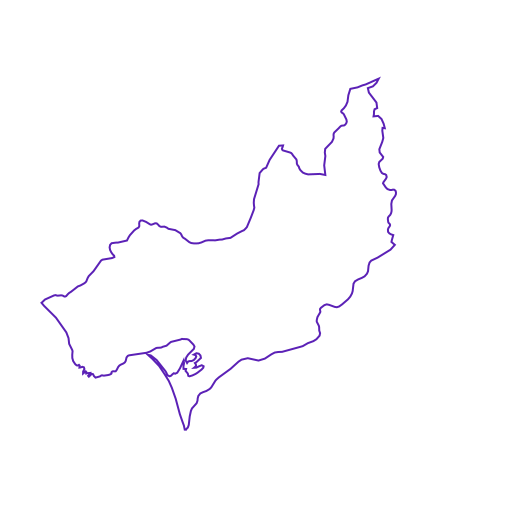 outline of Magdalena, rotated 230°
{"feature_id": "COL-1416", "entity_name": "Magdalena", "entity_type": "Department", "adm_level": 1, "iso_a3": "COL", "parent_name": "Colombia", "parent_adm1": "", "projection": "robinson", "projection_center": [-74.235, 10.123], "detail": "fine", "context": "isolated", "style": "outline", "palette": "violet", "viewbox_px": 512, "rotation_deg": 230, "n_neighbors": 0, "source": "natural_earth", "source_scale": "10m", "svg_char_len": 5406}
<svg xmlns="http://www.w3.org/2000/svg" viewBox="0 0 512 512"><g transform="rotate(230 256 256)"><path d="M168.4,93.5L168.3,91.8L167.9,90.8L168.8,89.8L172.5,91.8L175.9,93.0L183.8,96.0L198.2,102.7L209.1,106.8L216.4,108.9L224.0,110.0L234.0,111.1L243.8,110.5L249.7,109.7L247.5,111.5L240.2,113.0L225.9,112.6L224.2,112.3L222.6,111.8L221.0,111.7L219.3,112.6L218.9,114.0L219.1,116.0L219.0,117.7L217.8,118.4L217.2,120.6L218.8,125.5L222.5,133.4L220.2,132.0L218.0,129.4L216.1,127.9L214.4,129.8L213.3,128.2L209.8,128.2L207.7,127.1L206.6,127.7L205.4,130.5L204.5,133.9L204.2,136.2L204.0,141.3L204.3,143.8L205.2,145.0L207.2,144.2L208.1,141.5L208.8,138.6L210.2,136.7L210.2,138.5L210.7,139.7L211.8,140.3L213.3,140.4L213.0,142.0L213.3,148.3L215.5,149.5L217.9,149.4L219.8,147.9L220.4,145.0L218.8,146.0L217.4,145.6L216.6,144.0L216.3,141.4L216.9,139.2L218.1,137.7L218.8,136.3L218.3,134.4L221.3,135.0L223.1,137.3L224.1,140.6L224.8,148.7L226.2,150.7L228.4,151.1L234.2,150.7L235.3,150.5L236.7,149.6L239.5,146.5L240.1,146.0L240.5,144.5L244.8,135.7L244.9,134.5L244.8,129.8L246.4,126.2L246.7,124.8L247.2,123.9L249.3,121.1L249.7,120.2L250.8,113.7L252.2,110.0L261.5,94.9L261.9,93.6L261.5,91.6L259.4,88.8L258.8,87.2L258.9,85.4L259.7,82.5L259.9,80.9L259.6,79.2L258.3,76.1L257.9,74.5L258.2,73.9L259.6,72.4L259.9,71.6L259.8,70.6L259.4,70.1L259.0,69.9L258.8,69.4L259.2,67.6L260.0,66.0L261.9,62.9L262.7,62.0L263.4,61.5L263.9,60.8L264.1,59.0L266.0,54.9L268.3,54.7L270.2,55.2L271.3,54.4L271.0,50.4L272.1,50.4L272.2,51.5L272.5,52.2L273.1,53.7L274.7,51.4L275.1,50.4L275.6,50.7L275.9,50.8L276.2,51.4L277.1,51.4L277.1,48.0L278.6,49.3L279.7,51.9L281.3,52.6L282.7,51.8L283.4,50.0L284.0,49.0L285.3,50.4L286.4,50.4L286.6,49.2L287.2,48.5L288.1,48.2L289.3,48.0L293.0,48.4L295.9,49.7L298.4,51.7L301.0,54.3L302.1,54.8L308.8,56.4L313.6,59.6L319.4,61.6L337.3,63.1L354.0,61.6L358.0,61.6L358.0,62.1L358.3,66.4L355.6,76.0L354.8,77.4L353.6,78.1L353.0,78.7L351.1,81.5L350.3,82.2L349.4,82.7L348.2,83.1L347.6,83.8L347.3,84.8L347.7,87.3L347.8,89.1L347.5,91.2L347.2,100.0L346.3,102.5L345.5,106.6L345.4,108.3L345.6,109.6L347.3,112.8L348.1,114.9L348.8,121.8L352.1,134.3L351.9,136.0L347.0,144.3L346.2,146.8L347.4,147.5L349.5,147.3L351.9,147.5L354.4,148.1L356.7,149.4L358.3,151.4L358.6,153.6L356.5,157.0L355.0,158.9L350.8,167.1L352.2,170.3L353.0,172.8L353.9,179.1L353.8,181.6L353.3,184.2L353.7,185.5L354.6,186.4L355.9,187.3L357.1,188.7L357.3,190.4L356.2,191.9L352.8,193.7L348.5,195.1L347.4,195.7L346.8,197.0L345.9,199.8L344.8,200.9L342.7,201.2L341.0,201.2L339.4,202.0L337.4,204.7L335.1,205.9L333.1,206.4L327.7,210.8L322.1,212.7L320.5,212.6L319.3,212.2L318.2,212.0L316.8,212.0L314.8,212.7L309.5,213.8L307.6,214.7L305.6,216.5L302.8,219.9L301.5,222.8L300.2,227.2L298.7,229.6L294.1,235.0L291.9,238.7L290.4,240.6L288.8,244.2L286.3,248.1L285.3,256.1L284.1,261.4L283.5,263.3L283.7,265.7L284.0,267.6L288.7,276.7L292.6,283.7L294.1,285.8L296.1,287.0L298.2,288.5L300.8,291.0L309.3,304.1L310.9,305.3L317.2,312.1L317.9,316.5L318.0,317.7L317.1,320.5L320.9,328.3L325.7,344.5L323.3,347.8L322.4,346.5L322.1,345.8L321.5,344.8L320.6,344.4L319.6,344.5L313.4,348.6L312.1,349.2L310.4,349.2L309.4,349.0L304.0,349.0L302.6,348.3L300.5,346.7L299.4,346.3L296.9,346.2L295.5,345.6L294.2,345.3L293.1,345.2L289.8,345.5L287.5,346.6L285.0,348.4L277.8,357.7L273.5,361.2L281.6,366.5L288.0,373.4L291.0,375.2L293.6,377.9L294.6,387.5L296.2,390.9L297.5,392.2L298.9,393.2L299.8,394.2L300.3,395.4L300.7,401.4L300.9,402.9L301.0,404.2L300.9,405.0L300.6,405.7L300.0,406.5L299.4,407.4L299.3,408.1L299.3,408.9L299.5,409.8L299.9,410.9L300.7,412.0L302.5,413.0L308.2,414.4L309.5,414.3L310.7,413.9L311.8,414.0L312.5,415.1L312.7,418.3L313.5,421.6L315.3,425.2L319.8,430.1L323.4,435.7L319.9,442.2L318.3,447.2L316.9,450.3L313.0,464.0L311.2,459.6L310.8,454.6L312.7,449.6L308.6,447.5L296.1,446.9L291.4,443.9L292.2,441.2L290.9,439.3L288.9,437.6L287.4,435.8L284.8,439.6L280.3,440.2L275.3,438.8L271.1,436.8L272.8,435.3L270.8,433.3L264.6,429.4L262.3,426.1L258.5,419.1L255.8,417.3L250.1,417.1L249.1,415.6L248.8,410.9L247.6,409.1L244.7,407.4L241.4,406.2L238.7,405.8L237.0,406.4L235.8,407.4L234.4,407.8L232.5,406.9L231.7,405.4L230.6,401.0L230.0,400.0L225.2,399.5L222.8,399.7L220.4,401.1L219.4,402.3L218.8,403.6L217.9,404.5L216.3,404.8L214.9,404.2L213.5,403.0L212.6,401.3L211.2,395.9L208.9,393.1L204.1,389.5L202.9,388.3L201.9,386.9L201.2,385.2L201.0,383.2L200.6,381.8L199.5,380.7L197.0,379.1L196.3,378.9L194.3,379.0L193.5,378.6L192.9,377.7L192.2,375.2L191.4,374.0L189.6,372.7L187.6,372.7L185.7,373.4L183.8,374.6L180.8,370.2L179.7,368.8L175.3,369.5L174.4,363.1L176.6,348.1L178.4,341.3L178.0,338.8L176.2,336.0L172.3,332.0L171.1,329.6L170.6,326.1L171.2,323.0L172.4,319.2L173.0,315.6L172.1,312.9L167.0,307.5L165.6,305.4L164.3,302.1L163.7,298.6L163.6,290.9L163.9,287.2L164.8,285.0L166.4,283.6L171.6,280.6L173.5,279.1L174.4,276.8L174.6,272.4L174.2,270.9L173.1,270.1L172.1,269.6L171.6,269.0L169.7,263.8L168.3,261.9L167.5,261.0L166.6,260.3L162.2,259.3L161.0,258.7L158.2,256.5L155.7,255.5L154.1,253.5L153.4,248.8L153.9,245.2L155.9,239.7L156.9,233.9L157.9,231.6L165.8,214.4L168.2,211.3L170.0,208.3L170.8,204.6L171.7,196.8L174.3,190.7L183.0,184.0L185.9,178.3L186.3,174.8L185.9,164.0L186.9,149.6L186.8,146.2L186.6,144.8L184.1,137.2L183.9,135.0L184.5,131.2L185.7,128.0L186.5,125.0L185.9,121.9L184.4,119.8L182.8,118.2L181.4,115.9L180.4,109.0L179.2,106.6L175.8,102.2L169.8,95.9L168.4,93.5Z" fill="none" stroke="#5b21b6" stroke-width="2"/></g></svg>